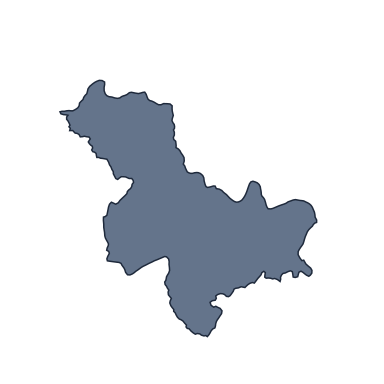 Virgem da Lapa, Minas Gerais, Brazil (Albers equal-area conic projection), rotated 337°
{"feature_id": "56859067B3157753034175", "entity_name": "Virgem da Lapa", "entity_type": "district", "adm_level": 2, "iso_a3": "BRA", "parent_name": "Brazil", "parent_adm1": "Minas Gerais", "projection": "albers", "projection_center": [-42.339, -16.692], "detail": "fine", "context": "isolated", "style": "filled", "palette": "slate", "viewbox_px": 384, "rotation_deg": 337, "n_neighbors": 0, "source": "geoboundaries", "source_scale": "gbopen_adm2", "svg_char_len": 5452}
<svg xmlns="http://www.w3.org/2000/svg" viewBox="0 0 384 384"><g transform="rotate(337 192 192)"><path d="M276.6,238.6L274.3,239.1L272.4,239.1L270.0,238.9L266.8,238.7L263.4,238.7L260.1,238.7L258.1,238.4L255.5,237.2L255.1,235.0L255.2,232.8L255.6,230.2L255.9,227.2L255.5,225.0L254.8,223.2L254.8,221.5L255.5,219.5L256.0,217.7L256.4,215.7L256.9,213.8L256.7,211.3L255.7,209.1L254.2,207.5L252.3,205.9L250.2,205.7L248.2,206.9L246.2,209.0L244.4,211.0L242.7,212.9L240.8,214.8L238.9,216.4L237.0,217.7L234.8,218.9L233.0,219.3L230.7,219.3L228.9,218.7L227.5,217.5L226.4,216.0L225.4,214.3L224.4,212.5L223.5,210.1L222.7,207.8L221.8,206.3L220.9,204.6L220.0,202.2L218.2,200.0L215.7,198.4L215.6,195.6L214.0,194.8L211.0,194.5L208.1,193.9L207.0,192.5L207.0,190.1L207.5,186.6L208.4,183.6L208.3,181.0L207.0,178.3L205.4,176.7L203.9,175.9L201.9,175.3L199.6,175.0L198.0,174.3L196.7,173.2L195.5,171.7L195.4,169.8L195.3,167.5L195.5,165.3L194.9,162.9L197.0,160.4L198.1,157.2L197.8,154.5L197.2,151.8L197.0,149.2L196.2,147.0L194.6,144.9L195.5,143.2L196.1,141.3L196.8,138.9L195.7,136.5L196.2,134.4L198.0,132.7L199.1,130.1L199.2,127.6L200.7,126.6L201.6,124.8L202.0,122.8L201.5,120.7L201.5,118.3L202.8,116.4L204.7,114.2L205.0,112.2L205.5,109.6L206.3,107.3L207.4,104.9L206.2,102.4L203.6,101.0L200.3,99.5L197.6,99.6L195.3,98.6L193.7,96.6L192.3,94.6L190.5,92.6L188.8,91.3L187.8,89.3L187.8,87.0L188.0,84.1L187.5,81.6L185.7,81.1L183.8,80.9L181.2,80.5L178.3,78.7L176.6,77.5L175.1,76.5L173.1,76.1L170.2,76.9L167.9,76.9L166.2,76.7L164.4,76.7L162.3,77.2L160.0,76.7L157.6,75.2L155.4,73.3L152.8,71.8L151.2,70.0L150.5,67.7L150.7,64.5L151.9,61.5L153.6,58.9L154.5,56.6L152.8,54.3L150.3,53.0L147.6,52.9L145.2,53.1L142.6,53.7L139.1,54.8L136.6,56.4L135.0,58.6L133.5,60.5L131.4,61.3L129.3,62.6L127.8,64.3L125.4,65.2L123.2,66.2L121.9,68.4L120.0,69.8L118.1,70.3L115.9,70.6L114.0,70.7L112.3,70.0L110.6,69.0L108.4,68.3L105.9,67.8L103.9,66.9L101.8,66.6L101.9,68.8L104.0,70.6L106.1,71.7L107.8,72.9L105.9,74.0L105.0,76.1L105.6,78.0L105.8,80.4L105.8,82.8L104.2,83.9L104.9,85.8L103.4,87.7L106.2,88.8L107.4,92.1L109.2,93.2L110.5,94.9L110.7,97.6L112.8,98.3L114.7,98.6L116.5,99.9L118.7,101.2L119.1,103.4L117.5,104.4L116.1,105.4L116.4,107.4L117.1,109.3L118.1,110.9L117.7,112.7L116.1,114.1L116.4,116.1L117.9,117.3L118.8,119.0L118.3,120.9L117.9,123.0L119.7,123.8L120.9,125.1L122.7,126.1L124.4,127.2L126.5,128.6L126.9,131.9L126.7,134.7L127.2,137.2L127.1,140.0L127.5,142.5L126.7,144.5L126.9,147.1L127.1,149.8L128.5,151.4L130.7,150.7L132.9,150.3L134.9,151.2L136.7,152.1L138.0,153.5L139.5,155.1L141.8,156.0L142.4,158.4L141.9,160.4L139.9,161.5L138.6,163.5L136.8,164.8L134.6,165.4L132.7,166.3L131.4,168.1L129.1,169.1L126.9,169.9L125.0,170.6L122.4,171.6L120.0,173.1L117.0,173.4L115.3,171.5L113.8,169.9L111.3,171.0L109.3,173.2L107.7,175.6L106.2,177.8L104.6,180.1L102.6,180.7L100.7,180.5L99.3,183.6L98.2,187.1L97.0,190.0L96.3,192.6L95.7,195.1L94.6,198.3L94.3,200.6L94.5,203.0L94.8,205.4L94.8,207.2L93.9,208.7L92.0,210.4L90.7,212.3L92.1,214.1L92.0,216.0L90.7,217.2L89.2,218.4L87.5,220.3L87.2,222.3L89.4,223.7L92.1,225.3L95.0,227.0L97.4,228.4L98.8,230.0L98.9,231.9L99.3,233.7L99.7,235.5L99.8,237.3L99.5,240.0L100.3,243.0L102.5,244.1L105.1,244.1L107.2,243.7L109.4,243.0L111.6,242.6L113.8,242.1L115.9,241.6L118.1,241.3L120.7,241.2L124.5,240.9L127.9,240.8L130.5,240.6L133.3,240.7L135.9,240.7L137.6,240.7L139.8,240.7L141.6,240.7L143.2,241.7L144.3,244.5L143.8,247.1L142.6,249.6L141.7,252.7L140.7,255.5L138.8,257.6L136.9,258.9L135.4,260.1L134.4,261.7L133.4,263.1L131.7,264.2L131.1,266.7L131.7,268.7L131.8,270.9L132.3,273.2L130.9,274.8L130.1,277.4L130.8,279.9L131.4,281.9L129.3,283.8L128.2,285.5L128.1,288.4L128.6,290.7L129.3,293.0L128.5,294.7L129.3,296.5L129.4,299.4L129.7,301.7L130.6,303.9L132.0,305.3L133.3,307.3L134.0,309.9L134.9,312.3L133.8,313.9L134.3,315.7L135.9,316.8L136.8,319.7L138.1,322.2L139.5,324.2L141.5,324.3L143.7,325.6L144.7,327.4L146.7,329.1L148.7,329.6L149.6,331.1L151.8,330.0L153.5,328.8L155.3,327.3L157.5,326.2L160.0,326.0L161.3,324.4L162.3,322.6L163.8,320.8L165.2,319.7L167.3,318.4L169.5,316.9L171.7,315.5L173.2,313.1L172.4,310.1L170.6,308.2L169.3,306.5L167.0,306.5L165.3,303.8L165.5,300.6L168.3,300.0L171.1,300.7L172.8,299.4L173.2,297.0L175.5,296.4L178.4,296.6L180.5,297.7L181.9,299.1L182.9,301.5L184.7,302.6L186.6,302.3L189.0,300.9L191.2,299.5L192.8,297.8L194.6,297.7L197.2,298.4L200.2,298.4L201.8,299.5L203.4,300.6L205.6,299.7L207.3,299.1L209.7,298.7L212.2,298.9L213.8,300.2L216.1,298.9L218.8,297.3L221.2,296.2L223.2,295.2L224.8,293.5L227.1,293.1L228.0,294.8L226.7,296.9L225.7,298.8L226.6,300.3L228.7,301.0L230.7,302.1L232.2,303.5L234.3,303.9L236.4,305.9L238.1,308.8L239.5,307.0L240.2,305.0L242.1,303.3L244.0,302.5L246.3,303.0L249.1,302.8L251.8,303.0L253.2,304.5L252.7,306.9L251.9,309.8L253.6,311.0L256.2,311.3L257.8,309.2L259.1,307.6L261.4,307.5L262.8,309.4L263.7,311.2L264.9,313.3L266.6,315.2L268.4,314.8L270.6,313.5L271.8,311.0L271.5,308.4L269.9,305.3L268.7,302.7L268.5,300.9L268.2,298.4L266.3,298.1L265.7,295.7L265.4,293.7L265.2,291.1L266.5,288.3L268.3,286.8L270.2,285.5L271.9,284.5L273.9,283.2L275.5,281.4L277.0,279.5L278.8,277.4L280.9,275.4L282.6,273.7L284.8,272.3L287.2,271.3L289.5,270.5L290.9,269.4L292.8,268.6L294.8,268.7L295.8,266.5L295.5,263.3L296.3,260.8L296.8,258.4L296.8,255.9L296.8,253.1L296.4,250.9L295.5,248.9L294.3,247.2L293.0,245.8L291.4,243.9L289.8,242.9L288.0,241.9L285.9,240.5L284.2,239.4L282.0,238.9L279.7,238.8L276.6,238.6Z" fill="#64748b" stroke="#1e293b" stroke-width="1.5"/></g></svg>